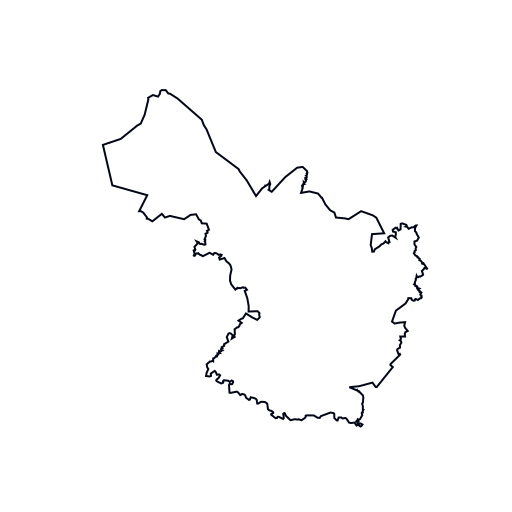 outline of Huitzuco de los Figueroa, Guerrero, Mexico, rotated 129°
{"feature_id": "50627088B46995962784697", "entity_name": "Huitzuco de los Figueroa", "entity_type": "district", "adm_level": 2, "iso_a3": "MEX", "parent_name": "Mexico", "parent_adm1": "Guerrero", "projection": "orthographic", "projection_center": [-99.245, 18.192], "detail": "fine", "context": "isolated", "style": "outline", "palette": "ink", "viewbox_px": 512, "rotation_deg": 129, "n_neighbors": 0, "source": "geoboundaries", "source_scale": "gbopen_adm2", "svg_char_len": 6090}
<svg xmlns="http://www.w3.org/2000/svg" viewBox="0 0 512 512"><g transform="rotate(129 256 256)"><path d="M369.9,162.2L369.5,161.5L366.3,160.4L365.6,159.7L363.9,157.2L363.6,155.3L363.9,154.1L367.5,150.3L367.6,148.6L366.6,146.3L366.6,144.3L367.2,143.8L369.1,144.7L369.8,144.3L369.7,138.7L368.6,137.7L367.4,138.0L366.6,137.0L365.6,132.4L364.4,132.5L361.5,135.5L360.2,135.2L360.1,134.6L361.4,132.0L361.9,125.9L358.4,123.1L356.7,120.4L356.1,120.2L355.0,117.3L351.2,116.1L349.6,116.2L348.8,116.9L348.1,116.5L343.5,110.7L343.0,106.5L341.7,104.6L339.6,104.8L330.8,99.6L329.3,96.8L329.4,95.9L332.6,93.2L333.0,89.9L332.5,89.1L329.5,90.1L327.9,88.3L327.8,86.5L325.6,84.6L325.5,83.4L326.9,78.8L325.9,76.9L323.5,74.7L324.5,71.1L322.8,70.3L322.8,67.6L322.0,67.1L320.0,67.2L320.2,69.0L322.4,71.4L321.4,72.2L321.6,73.9L320.9,74.0L320.1,72.8L319.9,73.8L318.8,74.2L318.5,73.0L317.4,72.5L312.9,73.2L311.5,75.0L310.7,75.1L310.3,74.6L309.4,75.5L308.0,75.7L308.2,76.2L305.6,78.3L303.9,80.6L302.6,80.7L298.5,83.5L297.1,85.1L296.3,91.2L296.7,91.6L296.4,92.4L296.8,91.9L296.8,92.2L296.4,93.3L297.1,93.5L299.2,100.9L292.3,93.9L281.1,85.8L282.5,80.6L281.9,79.7L256.2,79.8L256.1,83.0L255.2,83.4L241.9,81.9L241.6,82.6L242.5,82.8L242.6,83.4L240.5,87.0L239.2,87.5L236.6,86.4L234.7,88.1L231.9,88.5L231.0,89.6L231.0,91.2L230.3,90.9L229.0,91.4L227.8,93.2L224.8,89.5L222.9,91.4L221.2,92.0L218.8,90.9L218.0,94.9L216.8,97.0L213.6,98.5L217.5,102.6L221.2,105.7L221.4,109.0L210.4,112.9L198.8,109.9L193.9,110.5L192.9,111.1L191.1,108.8L192.0,107.4L191.7,105.5L190.6,104.6L189.7,105.1L188.8,104.8L188.3,102.5L185.4,101.8L184.8,101.1L183.7,101.3L182.7,102.4L183.1,102.8L182.5,104.2L180.3,104.4L180.3,105.6L180.9,106.2L180.2,106.8L180.5,107.7L180.1,108.9L178.5,108.5L179.0,109.8L179.9,109.9L179.4,111.0L178.2,111.5L178.4,112.7L179.0,113.2L178.4,113.9L178.5,115.3L177.3,115.2L176.5,116.0L173.8,116.8L173.4,117.5L172.5,117.5L170.3,118.7L170.9,117.4L170.3,116.5L169.2,116.3L168.5,115.3L165.9,114.4L165.3,114.4L163.2,117.7L160.9,117.3L159.3,117.6L158.8,117.1L158.3,114.4L156.3,121.2L157.0,121.2L157.4,122.0L156.3,123.4L156.0,125.5L156.4,126.3L155.2,127.0L155.4,128.2L154.9,129.0L155.4,129.8L154.8,130.7L155.3,132.6L154.5,135.1L153.4,135.0L152.6,135.8L150.9,135.5L149.5,136.8L148.1,137.1L147.3,140.1L145.0,142.0L142.7,140.5L139.2,141.1L137.7,145.1L136.8,146.2L136.7,148.1L134.0,150.1L131.3,150.5L132.0,151.2L134.6,151.7L136.0,153.2L138.8,154.5L138.2,156.7L138.8,158.0L137.9,157.6L137.2,158.7L138.6,162.8L139.9,163.8L144.4,160.4L146.5,161.3L145.4,164.1L146.0,164.1L146.3,165.4L149.7,166.2L150.8,164.9L149.6,162.3L151.2,160.9L153.5,159.9L153.9,159.0L154.4,163.1L156.1,164.5L158.4,165.0L161.2,161.0L162.2,161.7L162.8,161.3L163.4,163.8L163.1,164.6L166.1,164.8L167.8,165.8L171.1,166.2L176.1,167.9L178.3,167.1L179.5,168.4L176.9,171.1L175.4,173.7L166.0,179.6L157.7,170.7L150.5,186.6L150.9,190.8L155.0,202.5L169.1,207.2L170.9,210.7L175.8,218.1L172.9,222.4L173.8,227.2L172.3,234.4L169.2,241.4L169.5,241.7L168.4,247.0L172.2,255.1L178.6,260.7L174.1,262.4L172.4,264.4L171.4,264.5L171.6,263.9L170.8,264.4L169.7,263.7L169.7,264.3L168.5,265.4L168.6,264.6L166.9,264.2L165.5,264.9L165.4,265.4L164.6,265.1L164.2,266.2L164.7,266.5L164.3,266.8L163.8,265.9L162.9,266.1L162.1,266.9L162.0,267.7L161.3,267.4L159.5,268.2L159.6,268.7L158.8,268.7L157.9,269.8L157.4,275.8L161.5,279.6L176.2,282.9L196.2,284.2L196.6,287.6L196.1,287.4L193.6,289.4L191.1,290.2L189.9,292.0L191.5,291.4L195.2,292.5L195.5,293.1L196.1,292.8L199.6,293.8L209.4,293.7L203.1,310.7L200.5,321.9L199.4,324.2L200.5,352.6L188.7,374.2L187.2,378.8L184.2,383.9L183.0,416.3L184.0,425.0L184.9,426.4L183.9,430.6L186.5,433.7L188.1,434.1L190.7,432.7L193.8,432.5L195.8,437.4L201.0,439.4L202.2,438.1L216.4,431.4L225.6,428.9L229.4,430.4L250.1,434.8L266.0,444.9L291.5,412.1L277.2,378.8L294.7,375.0L293.6,373.6L293.2,370.9L294.7,364.8L295.7,364.4L294.9,363.0L294.3,358.4L282.5,355.7L283.4,351.0L279.0,348.1L272.6,335.0L265.2,332.7L261.3,328.8L263.5,323.4L263.2,321.3L264.7,318.7L261.9,314.7L265.2,309.1L267.3,309.9L267.9,308.6L268.6,308.3L270.4,309.3L271.9,307.5L275.4,306.5L275.4,305.5L276.8,305.2L276.8,304.6L278.8,302.6L279.9,303.3L280.7,305.9L281.7,306.8L282.0,308.1L281.3,308.8L282.0,311.3L282.5,309.7L284.2,309.3L287.6,309.6L289.1,307.3L289.9,307.6L289.7,307.1L290.2,306.9L291.3,307.4L292.9,305.1L294.8,304.6L294.8,304.1L293.9,303.7L292.5,304.2L291.2,303.7L290.7,302.5L290.2,302.5L290.3,299.8L289.9,299.5L289.6,297.2L282.7,294.1L282.0,290.1L280.1,290.3L279.5,289.9L278.6,287.6L278.6,285.7L277.2,284.7L276.8,283.4L277.8,283.1L280.4,283.7L281.6,282.0L277.4,279.2L278.8,275.4L278.7,272.7L279.3,270.1L280.4,268.4L281.9,266.5L287.4,263.8L291.5,260.7L293.6,257.4L295.1,250.9L292.9,250.5L293.1,250.2L291.8,249.4L290.8,247.8L288.5,246.5L288.4,245.5L287.3,244.4L288.0,241.8L290.2,242.8L294.3,236.2L299.5,230.2L303.8,226.8L297.9,220.0L298.2,217.4L299.7,216.6L300.9,214.9L301.6,214.5L304.9,214.9L306.1,220.3L307.0,227.6L312.8,227.0L314.0,227.9L317.2,228.9L317.0,225.0L319.2,225.6L320.6,225.0L322.4,224.9L323.5,225.8L326.4,226.5L330.2,223.1L331.9,223.1L332.3,221.7L335.4,222.8L332.5,224.1L332.2,224.7L332.1,227.1L332.8,228.2L333.7,228.5L337.4,227.7L339.9,223.6L344.7,225.3L345.8,224.2L348.2,225.2L348.7,224.2L349.1,224.9L350.6,224.4L350.6,223.0L351.2,223.6L351.8,223.2L352.8,223.6L353.1,224.9L354.2,224.2L354.3,223.3L354.8,224.0L355.5,223.5L356.6,223.5L356.5,224.2L357.2,223.7L358.1,224.0L358.1,223.3L358.8,223.1L359.4,223.9L361.7,224.2L362.6,224.8L364.8,223.0L365.0,223.9L366.4,224.6L366.9,225.4L371.2,226.2L373.1,224.0L373.9,221.9L377.8,220.9L380.7,219.3L378.8,216.2L377.5,215.5L375.8,217.1L371.3,215.8L371.6,214.0L372.9,211.7L371.2,210.1L371.3,208.8L374.6,208.3L377.0,208.9L377.9,208.4L378.0,207.6L377.0,202.9L375.2,201.8L374.4,202.1L374.1,202.9L372.8,202.8L370.4,199.1L370.4,197.2L368.1,196.6L367.8,195.0L368.4,194.4L370.4,193.9L371.0,194.2L372.0,196.0L373.2,195.8L378.9,190.6L378.5,189.7L373.5,185.6L373.3,184.1L374.0,180.7L372.0,180.0L371.0,178.0L371.1,176.7L372.4,174.5L372.2,170.8L371.4,170.4L369.1,171.2L367.4,167.7L367.1,166.0L367.4,164.9L369.9,162.2Z" fill="none" stroke="#020617" stroke-width="2"/></g></svg>